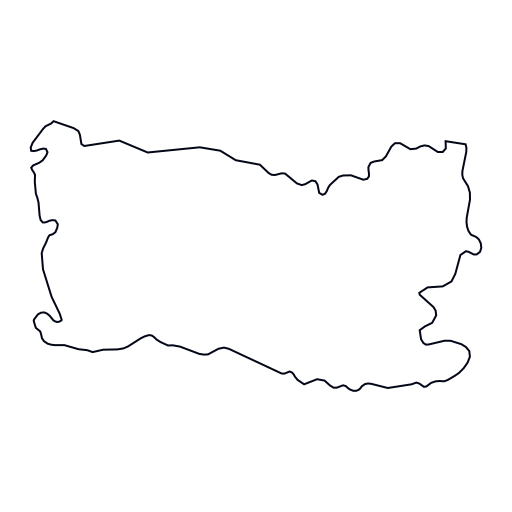 map outline of Oise (Natural Earth projection)
{"feature_id": "FRA-5331", "entity_name": "Oise", "entity_type": "Metropolitan department", "adm_level": 1, "iso_a3": "FRA", "parent_name": "France", "parent_adm1": "", "projection": "natural_earth1", "projection_center": [2.414, 49.417], "detail": "fine", "context": "isolated", "style": "outline", "palette": "ink", "viewbox_px": 512, "rotation_deg": 0, "n_neighbors": 0, "source": "natural_earth", "source_scale": "10m", "svg_char_len": 2878}
<svg xmlns="http://www.w3.org/2000/svg" viewBox="0 0 512 512"><path d="M465.6,144.3L466.4,147.7L466.3,151.8L462.4,171.1L462.3,175.0L463.1,178.4L468.0,186.2L469.9,192.8L470.0,199.6L466.7,217.8L466.5,222.4L467.1,226.9L468.6,231.2L471.0,234.7L476.2,237.0L478.8,239.3L480.8,243.4L481.3,247.9L480.0,251.9L476.7,254.4L473.8,254.5L468.7,251.9L466.0,251.2L460.4,255.0L455.3,273.9L451.5,281.4L442.7,286.4L427.6,287.4L419.3,292.8L419.8,294.8L433.5,307.1L435.6,310.6L436.2,315.3L432.2,322.8L425.1,326.3L419.7,330.2L421.1,339.3L423.4,343.0L425.8,344.6L428.6,344.5L444.7,340.7L450.7,340.8L461.4,344.2L465.9,347.0L469.3,351.1L469.9,356.7L467.6,362.6L463.6,368.3L458.9,373.0L454.5,376.0L447.5,380.1L444.1,381.3L439.4,381.0L435.3,381.4L431.1,382.9L426.3,386.5L423.9,386.8L419.4,383.6L416.3,382.6L411.6,384.3L387.8,388.0L371.1,383.8L368.1,383.5L365.2,384.0L361.9,386.2L360.3,388.4L358.7,389.8L356.3,390.8L353.3,390.8L350.2,389.6L348.7,388.7L345.8,386.1L343.1,385.3L336.7,387.7L333.6,387.7L330.0,385.5L324.6,380.6L317.1,379.2L304.1,384.3L297.6,379.9L294.9,376.6L293.7,374.4L292.0,372.5L289.6,371.5L284.5,373.6L281.6,373.5L228.8,348.8L223.9,347.6L218.4,348.8L208.0,354.4L203.9,354.6L199.3,353.9L180.0,346.6L172.7,345.3L168.0,345.5L160.2,341.9L156.4,339.4L154.2,337.2L151.8,335.5L149.0,335.1L144.6,336.4L140.8,338.3L127.9,346.5L123.5,348.4L117.5,349.4L103.2,349.7L92.6,352.1L87.3,350.2L78.5,349.2L64.3,345.1L54.6,345.1L51.2,344.7L47.7,343.7L44.1,341.3L42.0,338.3L41.1,334.2L40.2,331.4L35.8,327.8L34.3,323.0L33.7,320.4L34.1,319.4L38.0,314.3L41.0,312.7L44.2,312.4L47.2,313.7L49.7,315.8L53.2,320.1L53.8,320.6L54.9,321.3L57.0,322.0L59.2,321.7L60.8,320.8L61.4,320.4L61.7,319.9L59.7,313.7L51.6,296.8L43.0,269.3L42.1,258.1L41.7,253.2L43.1,248.5L46.0,242.7L48.1,237.4L49.2,235.6L49.9,235.0L51.0,234.8L52.9,234.1L55.4,232.2L57.3,227.6L57.8,224.2L55.4,220.5L52.4,220.1L49.3,220.8L46.6,222.0L44.6,222.5L42.7,222.4L40.6,219.9L39.6,215.6L38.5,202.4L37.3,197.7L35.9,193.8L34.8,182.1L35.0,174.7L33.6,172.0L32.1,169.8L31.2,167.7L33.2,165.4L39.3,162.7L42.7,160.3L46.2,155.5L47.5,152.2L45.9,148.9L43.3,148.6L40.1,149.3L36.9,150.5L33.9,151.1L31.2,150.8L30.7,147.6L32.6,142.8L43.0,129.0L45.6,126.2L51.0,123.6L53.6,121.2L73.6,128.1L78.3,131.0L79.9,134.8L81.4,144.0L84.2,146.0L119.3,140.6L147.7,152.5L199.7,147.3L220.3,150.7L235.7,160.2L259.9,164.7L268.6,173.0L271.7,174.8L275.0,175.0L281.7,173.3L285.1,173.6L296.9,183.4L301.7,185.1L305.2,184.2L311.8,180.5L315.4,181.2L317.5,184.5L319.2,192.9L322.5,194.8L325.1,193.7L326.8,191.0L328.2,187.7L329.9,185.0L338.8,176.8L343.1,175.5L350.9,175.3L363.3,179.7L367.1,178.9L368.9,176.5L369.0,173.5L368.5,170.2L368.4,167.1L370.6,162.9L374.2,161.5L382.2,160.1L385.9,156.4L391.4,146.5L395.0,143.2L400.1,143.2L410.4,149.2L416.2,148.6L420.4,146.4L424.6,145.4L428.7,146.1L437.8,152.0L442.7,152.0L445.8,148.5L445.6,141.2L465.6,144.3Z" fill="none" stroke="#020617" stroke-width="2"/></svg>